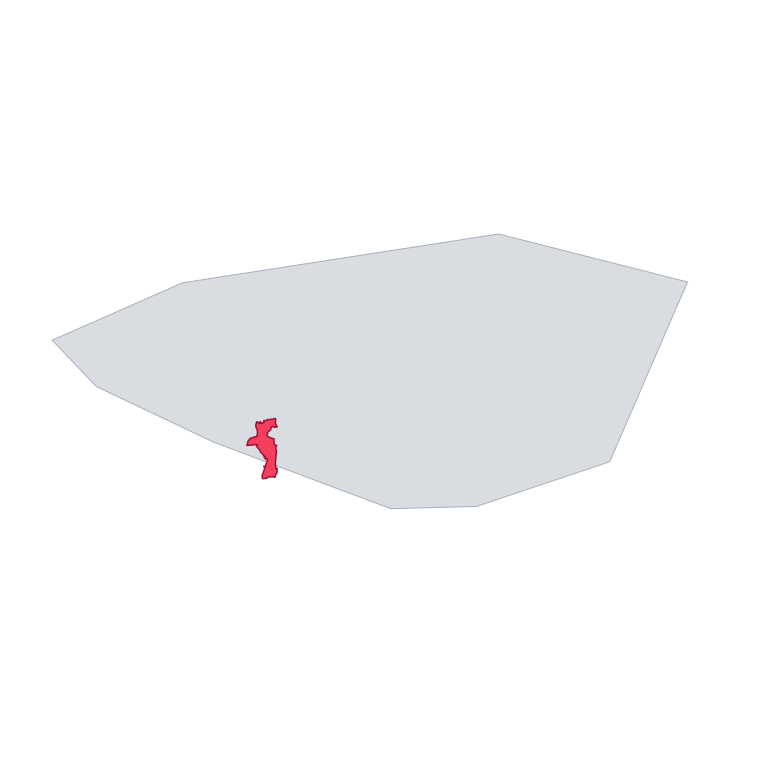 location of Cul De Sac, Castries, Saint Lucia, rotated 259°
{"feature_id": "8701671B53480283308673", "entity_name": "Cul De Sac", "entity_type": "district", "adm_level": 2, "iso_a3": "LCA", "parent_name": "Saint Lucia", "parent_adm1": "Castries", "projection": "robinson", "projection_center": [-61.007, 13.982], "detail": "fine", "context": "in_parent", "style": "filled", "palette": "rose", "viewbox_px": 768, "rotation_deg": 259, "n_neighbors": 0, "source": "geoboundaries", "source_scale": "gbopen_adm2", "svg_char_len": 4924}
<svg xmlns="http://www.w3.org/2000/svg" viewBox="0 0 768 768"><g transform="rotate(259 384 384)"><path d="M509.4,525.1L426.2,701.4L264.6,590.7L246.2,451.4L260.3,366.9L359.3,205.8L436.3,101.2L490.3,66.6L521.8,205.5L509.4,525.1Z" fill="#d9dde1" stroke="#a8b0b8" stroke-width="1"/><path d="M349.9,237.7L349.8,238.1L349.9,238.3L349.9,238.6L349.8,238.8L349.8,239.0L349.7,239.1L349.8,239.3L349.7,239.5L349.6,239.8L349.7,240.0L349.5,240.4L349.5,240.5L349.5,241.0L349.4,241.2L349.4,241.3L349.5,241.4L349.4,241.8L349.3,242.4L349.3,242.6L349.3,243.5L349.2,243.8L349.2,244.2L349.1,244.8L349.1,245.3L349.0,246.2L349.0,246.3L348.9,246.6L349.0,246.7L348.8,247.5L348.6,248.0L348.5,247.7L348.2,247.5L347.9,247.3L347.5,247.1L347.2,247.1L346.8,247.2L346.5,247.3L346.1,247.5L345.6,247.8L344.0,248.8L343.6,249.0L343.2,249.3L342.9,249.5L342.6,249.7L342.3,249.7L342.0,249.6L341.7,249.6L341.3,249.6L340.7,249.8L340.4,250.0L340.0,250.3L339.7,250.6L339.2,251.0L338.6,251.4L338.1,251.6L337.6,251.8L337.2,251.9L336.7,252.0L336.6,252.3L336.5,252.5L336.3,252.9L336.1,253.0L335.9,253.2L335.6,253.3L335.4,253.2L335.2,253.3L335.3,253.1L335.4,252.9L335.5,252.7L335.4,252.6L335.2,252.6L335.1,252.8L335.0,253.0L334.9,253.4L334.8,253.5L334.7,253.6L334.6,253.8L334.6,253.7L334.4,253.6L334.2,253.5L334.0,253.4L334.3,252.8L334.2,252.8L334.2,252.7L334.0,252.8L333.9,253.1L333.8,253.3L333.6,253.3L333.4,253.5L333.2,253.5L333.4,253.7L333.2,254.0L333.1,253.9L333.0,254.0L333.2,254.3L333.0,254.9L332.8,255.2L332.8,255.3L332.7,255.4L332.4,255.4L332.1,255.4L331.9,255.3L331.7,255.2L331.4,255.0L331.3,254.9L331.2,254.9L330.9,254.8L330.6,254.5L329.8,254.1L329.3,253.8L329.0,253.6L328.2,253.1L327.9,253.0L327.9,252.9L327.7,252.9L327.3,252.6L327.2,252.6L326.8,252.3L326.6,252.2L326.2,252.0L326.0,251.8L325.7,251.6L326.0,250.8L326.2,250.6L325.9,250.4L325.7,250.6L325.9,250.7L325.8,251.1L325.7,251.0L325.7,251.3L325.6,251.5L324.9,251.3L323.5,250.5L323.3,250.4L322.9,250.1L322.7,250.0L322.2,249.8L321.6,249.4L320.8,248.9L320.5,248.8L319.8,248.4L319.2,248.0L319.0,247.9L318.7,247.8L318.6,247.6L318.4,247.6L317.4,246.9L317.1,246.8L316.9,246.7L314.4,246.7L314.3,246.9L314.2,247.0L314.1,247.5L314.0,248.1L314.0,248.9L314.0,249.3L314.0,249.8L313.9,250.5L313.9,251.0L314.0,251.3L314.3,251.5L314.5,251.6L314.8,251.8L314.8,252.1L314.8,252.4L314.8,252.5L314.7,252.7L314.7,252.8L314.7,253.2L314.6,253.6L314.6,253.8L314.6,254.0L314.6,254.3L314.6,254.5L314.5,255.0L314.4,255.3L314.4,255.6L314.4,255.8L314.3,256.2L314.3,256.3L314.3,256.5L314.2,256.7L314.2,257.0L314.2,257.3L314.2,257.5L314.0,257.8L313.9,257.9L313.6,258.3L313.6,258.6L313.4,258.8L313.4,259.0L313.4,259.3L313.5,259.4L313.5,259.5L313.9,259.7L314.1,259.7L314.4,259.8L314.7,259.9L315.0,260.0L315.7,260.4L316.2,260.8L316.6,261.4L316.7,261.5L317.3,261.9L317.7,262.2L318.4,262.4L318.9,262.5L319.2,262.5L319.5,262.5L320.0,262.5L320.4,262.8L321.0,263.0L321.5,263.1L321.7,262.7L321.7,262.2L321.7,261.9L321.8,261.8L322.9,261.9L323.8,262.0L324.4,262.0L324.7,262.0L325.0,262.1L325.5,262.1L325.8,262.1L326.0,262.0L338.9,265.7L342.2,265.3L343.9,266.9L345.9,264.7L347.8,265.0L350.0,265.2L350.2,265.4L350.4,265.4L351.0,265.5L351.4,265.4L351.4,265.2L351.6,264.7L351.6,264.4L351.6,264.2L351.8,264.0L351.9,263.9L352.1,263.7L352.3,263.3L352.5,263.0L352.6,262.9L352.7,262.6L353.0,262.1L353.1,261.9L353.3,261.6L353.5,261.4L353.6,261.2L355.6,259.2L358.5,260.6L359.2,261.2L360.8,264.2L363.3,264.9L363.2,265.3L363.2,266.1L363.2,266.8L363.4,267.8L363.1,268.0L362.5,268.4L362.3,268.6L362.3,268.8L362.7,269.3L362.7,269.5L362.4,269.6L362.4,270.0L362.5,270.2L362.5,270.5L362.3,270.6L362.4,271.0L366.2,269.8L370.0,271.0L370.2,270.9L370.3,270.9L370.7,270.7L370.9,270.4L370.9,270.0L371.1,269.6L371.0,269.0L370.8,268.6L370.7,268.3L370.6,268.1L370.5,267.5L370.6,267.3L370.7,267.0L370.8,266.8L370.8,266.6L371.0,266.5L371.0,266.3L371.1,266.1L371.1,265.9L370.8,265.3L370.8,265.1L370.9,264.3L371.0,264.0L371.1,263.6L371.3,263.2L371.4,262.9L371.3,262.7L371.0,262.2L370.8,261.9L370.8,261.7L370.8,261.3L370.9,261.1L370.8,260.7L370.9,260.3L370.9,259.9L371.0,259.7L370.9,258.9L370.6,258.8L370.3,258.8L370.2,259.0L369.8,259.0L369.3,259.1L369.1,259.0L369.0,258.9L368.9,258.6L368.9,258.4L369.0,257.7L368.9,257.4L368.8,257.5L368.7,257.3L368.9,256.8L368.9,256.7L368.7,256.2L368.7,255.9L368.8,255.8L369.1,255.8L369.3,255.9L369.7,256.1L369.8,256.1L370.0,255.9L370.5,255.4L370.5,255.1L370.5,254.9L370.4,254.9L370.2,254.8L369.8,254.9L369.6,254.9L369.4,254.9L369.2,254.7L369.3,254.2L369.5,253.7L369.6,253.2L369.6,252.9L369.6,252.7L369.8,252.4L370.0,252.3L370.3,252.4L370.5,252.5L370.8,252.7L371.0,252.4L371.1,252.0L371.1,251.8L371.1,251.7L370.2,251.4L369.9,251.1L369.6,250.9L369.2,250.9L368.3,250.3L365.7,250.1L363.7,250.7L363.2,250.7L362.5,250.7L362.0,250.7L361.7,250.6L360.6,250.5L359.8,250.3L358.7,250.0L358.1,249.9L357.9,249.5L356.7,249.2L356.7,248.9L356.7,247.1L356.5,245.0L356.1,242.1L353.8,239.6L349.9,237.7Z" fill="#f43f5e" stroke="#9f1239" stroke-width="1.5"/></g></svg>